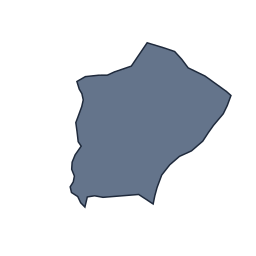 outline of Fitri, Batha, Chad, rotated 36°
{"feature_id": "50815135B60006364885554", "entity_name": "Fitri", "entity_type": "district", "adm_level": 2, "iso_a3": "TCD", "parent_name": "Chad", "parent_adm1": "Batha", "projection": "orthographic", "projection_center": [17.521, 12.811], "detail": "fine", "context": "isolated", "style": "filled", "palette": "slate", "viewbox_px": 256, "rotation_deg": 36, "n_neighbors": 0, "source": "geoboundaries", "source_scale": "gbopen_adm2", "svg_char_len": 749}
<svg xmlns="http://www.w3.org/2000/svg" viewBox="0 0 256 256"><g transform="rotate(36 128 128)"><path d="M93.4,47.8L94.3,76.0L84.1,90.5L80.2,97.4L73.4,102.4L63.3,111.5L59.3,120.4L65.7,125.2L70.5,127.3L75.3,131.6L78.0,137.9L81.5,150.2L82.6,154.3L89.1,161.1L95.8,168.4L100.8,170.2L101.0,180.7L102.9,188.5L106.7,194.5L112.9,198.4L115.4,203.8L115.8,209.6L120.2,213.4L120.4,213.4L127.6,213.0L133.7,216.3L139.6,217.3L135.6,207.7L140.8,202.5L148.5,198.8L175.7,175.5L193.0,174.7L189.5,167.0L186.5,159.1L182.9,146.2L183.4,133.2L186.3,120.7L192.8,109.2L196.2,94.7L195.7,84.4L195.6,75.6L196.7,60.5L195.1,51.5L192.2,41.2L186.3,40.6L159.7,40.7L141.3,44.0L131.3,40.9L120.8,38.7L110.8,41.8L93.4,47.8Z" fill="#64748b" stroke="#1e293b" stroke-width="1.5"/></g></svg>